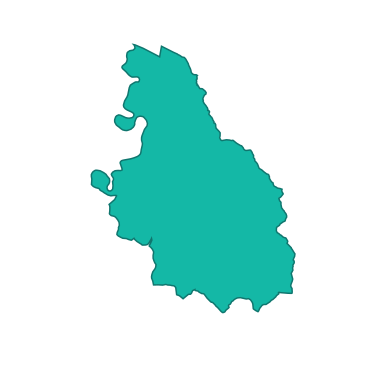 outline of Brateiu, Sibiu, Romania, rotated 312°
{"feature_id": "2599482B71061319196345", "entity_name": "Brateiu", "entity_type": "district", "adm_level": 2, "iso_a3": "ROU", "parent_name": "Romania", "parent_adm1": "Sibiu", "projection": "albers", "projection_center": [24.424, 46.155], "detail": "fine", "context": "isolated", "style": "filled", "palette": "teal", "viewbox_px": 384, "rotation_deg": 312, "n_neighbors": 0, "source": "geoboundaries", "source_scale": "gbopen_adm2", "svg_char_len": 6077}
<svg xmlns="http://www.w3.org/2000/svg" viewBox="0 0 384 384"><g transform="rotate(312 192 192)"><path d="M212.7,311.4L214.9,309.9L215.2,308.6L216.4,304.7L216.6,303.5L217.0,303.0L217.4,297.0L219.2,296.3L219.6,295.8L220.6,292.7L220.5,292.2L220.2,291.7L219.5,290.2L219.5,287.0L219.2,286.4L219.2,284.2L218.8,282.6L219.6,280.6L222.0,278.7L223.0,278.6L225.8,279.3L227.0,278.9L227.6,279.0L231.0,279.8L232.4,280.5L232.9,280.5L234.9,279.5L236.6,279.2L237.7,278.2L238.7,276.4L239.1,274.1L239.6,273.1L239.6,272.0L240.2,269.2L242.3,266.4L243.7,265.2L244.0,264.6L244.1,263.1L245.2,261.0L245.4,260.8L247.7,261.3L251.4,261.1L251.7,260.9L251.8,260.1L252.2,259.7L252.3,258.9L253.0,257.9L253.6,257.4L254.3,257.1L253.6,255.3L252.1,252.9L252.0,251.5L251.3,249.2L251.9,247.5L253.0,246.1L253.0,245.6L252.7,245.2L253.0,243.2L254.0,240.3L255.1,239.4L256.1,237.4L256.1,236.9L255.8,236.1L255.4,235.5L255.1,231.9L255.1,229.1L254.6,226.8L254.6,225.8L256.6,222.0L257.0,220.2L257.2,217.8L258.4,216.6L258.7,214.7L260.4,213.3L261.1,211.0L261.7,210.1L262.3,207.6L262.0,207.0L259.4,204.8L258.7,203.9L258.5,203.2L258.4,202.5L258.6,201.5L259.1,200.5L259.5,198.0L258.9,196.6L258.1,192.5L257.9,188.1L257.5,187.5L256.6,186.9L255.7,185.1L253.8,182.6L250.3,179.9L250.0,179.3L249.9,178.6L250.7,176.4L251.2,176.0L252.4,175.4L254.8,173.3L255.2,171.4L255.5,167.3L256.8,165.5L257.7,164.8L258.2,163.8L258.4,162.9L258.0,162.4L258.0,162.0L259.0,161.2L259.4,159.5L260.2,158.1L260.7,156.6L260.6,155.5L260.9,154.5L260.9,153.4L261.1,152.4L263.3,151.4L263.6,150.7L263.7,150.2L263.1,149.1L263.3,148.8L263.8,148.8L264.9,147.0L265.0,146.2L265.5,144.6L265.9,141.8L266.9,139.4L267.8,139.0L268.3,137.8L269.9,137.1L272.3,136.4L274.1,136.8L275.3,136.0L275.8,134.2L275.7,131.3L275.6,130.6L274.8,129.4L274.2,128.9L274.1,128.4L275.0,125.7L274.8,124.9L275.1,124.8L274.9,124.5L275.2,124.4L275.2,124.1L275.6,123.6L275.5,123.2L275.8,123.0L275.9,122.2L276.9,121.9L278.2,120.2L278.9,120.3L279.1,119.9L280.0,119.7L281.0,118.3L281.5,118.2L281.7,117.8L282.2,117.9L281.9,116.5L281.2,115.9L280.5,114.8L280.2,113.9L280.2,112.2L280.4,111.4L281.7,109.7L282.5,108.3L284.0,104.7L284.9,103.3L286.6,98.4L286.8,96.6L286.8,96.2L285.7,94.4L285.3,91.3L284.7,89.6L284.8,89.0L283.5,85.0L279.9,71.8L270.8,77.5L266.1,59.5L263.2,51.2L262.5,50.0L262.4,50.9L261.5,52.6L260.4,53.5L258.5,53.4L257.9,53.2L255.3,51.2L252.8,50.6L251.8,50.8L249.5,52.3L248.7,53.1L247.5,54.9L245.5,56.1L244.1,56.5L243.1,56.6L239.4,56.0L238.7,56.0L237.7,56.6L237.4,57.2L237.2,58.2L237.2,62.4L236.7,66.4L236.8,68.4L237.2,70.3L237.6,70.9L240.7,74.0L241.2,75.0L241.3,76.1L240.8,77.3L240.5,77.7L239.2,78.5L238.0,78.6L236.2,76.6L235.5,76.2L232.3,75.2L230.1,74.7L227.5,75.6L221.1,79.4L219.1,80.1L214.6,81.0L210.7,82.9L209.6,84.3L209.2,86.7L209.6,89.1L211.0,93.5L211.2,94.7L211.2,96.0L211.0,96.6L210.1,97.5L209.1,97.9L207.5,97.9L205.1,96.2L204.0,94.9L202.9,93.0L201.3,87.7L200.3,86.0L200.0,85.8L198.2,85.0L196.7,85.0L194.1,86.1L193.1,86.9L192.3,87.8L191.8,89.1L191.2,90.8L191.2,92.3L191.4,94.0L191.5,96.9L191.8,98.9L192.9,101.0L193.8,102.2L194.7,102.9L197.8,104.6L201.0,105.0L203.0,104.6L204.2,104.0L205.1,103.0L208.0,101.7L210.3,101.1L211.5,101.3L213.0,102.2L214.0,103.1L215.2,105.2L215.3,106.4L214.9,109.5L214.6,110.6L213.1,113.0L211.2,114.3L206.7,114.8L200.2,117.3L198.6,118.2L196.8,119.8L195.0,122.6L193.6,123.7L189.6,125.9L186.9,127.7L185.5,128.2L184.2,128.2L181.9,127.7L178.7,126.1L175.6,124.2L169.5,119.5L168.1,118.7L166.7,118.6L165.5,119.1L162.4,124.6L161.7,125.3L160.2,124.7L158.4,122.5L156.3,120.6L153.8,119.8L151.7,120.0L151.2,120.2L150.9,120.7L150.5,121.4L149.8,124.1L149.0,125.1L148.0,125.7L146.7,125.9L143.8,129.1L141.5,130.8L140.5,131.2L139.0,131.0L137.9,130.5L137.2,129.3L137.1,128.6L137.3,127.5L138.1,126.2L138.8,125.6L140.0,125.0L142.4,124.8L143.8,124.3L145.4,123.2L146.6,121.7L147.1,118.1L147.6,116.3L147.3,113.4L146.3,109.5L144.5,106.7L143.4,105.6L141.1,104.9L139.6,105.0L137.7,105.5L136.3,106.7L134.5,109.0L130.3,112.3L130.1,113.7L130.1,115.1L130.8,117.5L132.2,120.2L132.3,121.4L131.9,122.2L131.9,122.9L132.5,125.5L132.6,127.0L133.5,131.5L134.9,134.3L137.1,136.2L138.7,137.9L138.7,138.5L134.6,139.6L127.3,138.7L126.7,140.0L125.8,141.1L123.0,143.5L120.6,145.2L120.4,145.9L120.4,147.7L121.8,150.3L122.1,151.6L122.1,152.6L121.5,155.8L120.6,158.2L118.6,160.3L116.4,161.1L115.5,162.0L114.6,162.6L112.1,163.4L110.3,164.5L110.1,164.9L110.0,166.6L110.6,169.2L111.3,171.5L113.5,174.4L114.3,176.7L115.4,178.8L115.8,179.3L118.8,179.9L118.4,181.3L118.4,183.0L118.4,184.2L119.3,189.4L119.2,190.1L119.4,190.7L121.7,193.1L123.4,194.1L125.3,194.1L130.1,193.1L130.4,193.0L129.4,194.4L125.5,195.7L124.1,195.9L123.2,196.4L123.3,198.3L122.9,201.0L121.9,203.4L121.0,204.2L118.9,205.5L116.7,207.5L115.5,209.6L114.5,211.7L114.0,213.8L112.0,215.2L110.5,215.8L106.4,216.3L103.9,217.4L102.1,218.5L101.0,219.6L99.6,222.4L97.2,225.6L100.4,229.0L103.2,232.5L105.8,234.4L106.7,236.3L108.2,238.1L108.9,239.5L110.1,241.2L110.3,242.0L110.2,243.5L109.9,244.1L105.4,249.3L106.5,252.0L106.7,256.8L113.5,257.8L115.1,259.3L116.6,259.3L118.5,258.6L119.3,258.5L121.5,259.4L121.0,259.9L121.0,260.4L122.3,262.6L122.4,263.2L122.3,264.1L122.9,266.6L123.0,267.1L124.1,268.6L124.2,269.0L124.1,270.1L123.2,274.3L122.9,279.1L123.0,280.1L123.5,280.7L123.7,281.5L123.6,284.4L123.2,286.3L123.3,288.3L122.7,293.5L122.8,295.3L123.6,296.1L124.9,296.6L126.9,296.3L130.3,296.8L131.1,296.7L131.8,295.3L132.7,294.9L134.4,295.5L137.3,294.8L138.4,295.3L139.9,295.3L141.9,295.8L143.8,296.7L145.9,298.7L148.8,303.9L150.6,305.4L151.0,307.4L150.9,308.3L150.2,310.8L149.4,312.2L146.3,315.6L146.2,315.9L146.5,318.6L147.2,321.1L148.2,321.1L150.8,320.2L154.5,319.9L155.9,320.3L156.7,320.9L157.9,322.2L162.4,323.4L164.6,323.4L166.2,324.0L170.3,324.4L171.5,324.1L174.4,324.6L174.6,324.4L175.0,323.6L175.4,323.6L175.7,323.8L176.5,325.2L181.1,331.2L183.2,333.7L183.8,334.0L184.8,333.3L187.3,330.8L187.6,329.5L188.2,328.3L189.3,327.5L193.1,326.0L194.7,325.1L197.9,320.2L201.4,319.3L203.0,317.4L204.2,317.0L205.2,315.9L207.6,315.4L208.5,314.7L209.1,313.8L209.2,312.7L211.2,311.8L212.7,311.4Z" fill="#14b8a6" stroke="#0f766e" stroke-width="1.5"/></g></svg>